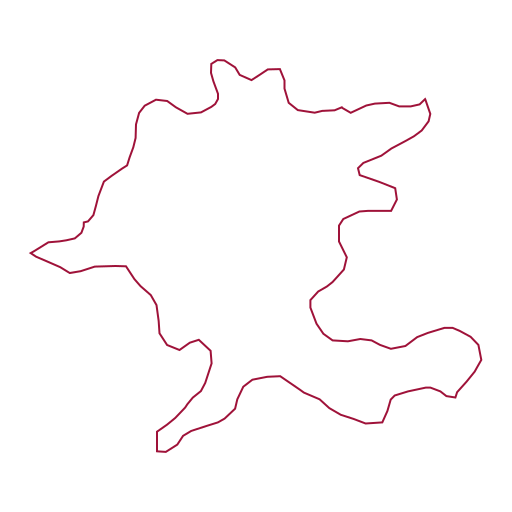 outline of Agdam District, Ağdam, Azerbaijan
{"feature_id": "54616110B71765796178707", "entity_name": "Agdam District", "entity_type": "district", "adm_level": 2, "iso_a3": "AZE", "parent_name": "Azerbaijan", "parent_adm1": "Ağdam", "projection": "natural_earth1", "projection_center": [47.033, 40.029], "detail": "fine", "context": "isolated", "style": "outline", "palette": "rose", "viewbox_px": 512, "rotation_deg": 0, "n_neighbors": 0, "source": "geoboundaries", "source_scale": "gbopen_adm2", "svg_char_len": 2166}
<svg xmlns="http://www.w3.org/2000/svg" viewBox="0 0 512 512"><path d="M341.8,107.3L334.6,110.3L322.2,110.9L314.7,112.7L297.8,110.1L288.7,102.8L284.5,88.6L284.5,80.4L279.9,69.1L267.8,69.4L260.0,74.6L251.5,80.1L239.7,74.9L235.2,67.4L224.3,60.4L217.4,60.1L211.3,63.9L211.0,72.9L213.4,81.3L218.0,93.8L218.0,99.0L215.2,104.0L211.3,106.9L201.0,112.4L187.5,113.8L175.9,107.3L167.2,101.0L156.0,99.7L144.7,105.7L139.1,112.9L136.0,124.4L135.6,138.0L133.3,147.3L129.6,157.4L127.1,165.4L121.9,168.7L111.4,176.0L103.9,181.6L98.4,196.1L95.9,206.0L93.4,215.1L88.0,221.4L83.8,222.4L83.7,226.6L81.4,232.8L74.8,238.4L66.3,240.3L59.3,241.4L48.4,242.3L33.7,251.4L30.7,253.1L36.1,256.7L51.6,263.4L60.3,267.2L69.7,273.0L80.6,271.2L94.8,266.6L115.4,266.0L126.0,266.3L134.4,279.1L140.5,286.1L150.8,295.1L156.5,305.1L158.6,320.5L158.7,321.5L159.5,333.3L167.1,345.0L179.5,350.0L189.8,342.7L198.8,339.8L210.6,350.8L211.6,363.4L205.2,383.0L200.9,391.1L192.8,397.6L187.3,404.3L185.2,407.5L183.7,409.1L175.2,418.0L167.0,424.7L157.0,431.7L157.0,440.5L157.0,451.3L158.1,451.4L165.8,451.9L177.3,444.6L183.1,435.8L191.3,430.9L206.7,425.9L217.9,422.4L224.6,418.6L235.1,408.7L237.3,399.3L243.3,386.7L252.4,379.7L267.2,376.8L280.2,376.2L299.9,389.7L303.9,392.6L319.6,399.3L329.3,408.1L340.8,414.8L353.5,418.9L365.6,423.5L382.3,422.4L387.4,411.0L390.7,399.6L394.7,395.5L408.0,391.4L425.8,387.6L430.4,387.6L440.4,391.4L446.4,396.1L455.4,397.5L457.1,392.2L466.6,381.6L474.7,371.6L477.2,367.1L481.3,359.9L478.4,344.9L470.6,336.8L459.9,331.0L452.7,327.9L444.3,327.9L427.9,332.9L417.2,337.1L405.4,346.0L390.9,348.8L380.0,344.9L371.6,340.4L360.3,339.0L347.9,341.3L332.6,340.4L323.4,333.8L316.5,323.7L310.4,307.6L310.4,300.1L318.2,291.5L326.9,286.5L332.6,282.0L343.9,269.5L346.8,257.3L339.0,241.5L339.0,234.2L339.0,225.6L343.3,219.0L359.4,211.5L367.5,210.9L391.1,210.9L396.9,199.5L395.2,188.2L379.0,181.8L359.7,175.1L358.0,168.2L363.4,162.9L381.3,155.7L391.4,148.5L405.5,141.0L413.9,136.3L421.7,130.5L428.6,121.3L430.3,113.9L425.4,99.7L425.1,99.1L419.6,104.4L410.7,106.4L399.2,106.4L389.4,102.8L374.9,103.6L366.3,105.5L350.7,112.8L342.1,107.8L341.8,107.3Z" fill="none" stroke="#9f1239" stroke-width="2"/></svg>